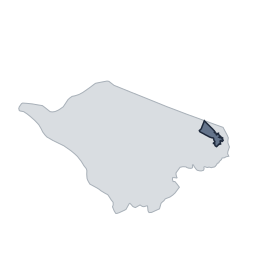 As-Sweida, As Suwayda', Syria (highlighted), rotated 233°
{"feature_id": "27442178B49241886307156", "entity_name": "As-Sweida", "entity_type": "district", "adm_level": 2, "iso_a3": "SYR", "parent_name": "Syria", "parent_adm1": "As Suwayda'", "projection": "robinson", "projection_center": [36.721, 32.771], "detail": "fine", "context": "in_parent", "style": "filled", "palette": "slate", "viewbox_px": 256, "rotation_deg": 233, "n_neighbors": 0, "source": "geoboundaries", "source_scale": "gbopen_adm2", "svg_char_len": 4645}
<svg xmlns="http://www.w3.org/2000/svg" viewBox="0 0 256 256"><g transform="rotate(233 128 128)"><path d="M47.8,93.9L49.7,94.1L53.7,96.5L54.4,96.5L55.6,93.3L56.8,92.2L59.3,91.3L60.0,86.1L61.2,85.2L62.6,84.6L64.8,84.5L66.7,84.2L66.8,83.3L64.2,77.4L64.4,75.9L65.7,69.9L66.5,67.6L67.2,66.8L70.2,67.1L74.4,68.2L75.5,69.9L77.6,71.4L80.7,71.3L84.2,71.6L87.0,71.7L89.2,70.6L94.2,68.6L96.6,68.0L98.9,67.1L106.1,63.8L109.0,64.1L111.0,64.5L112.5,65.0L115.9,67.2L118.7,69.5L120.7,70.2L124.3,70.1L129.4,70.6L135.7,70.5L139.3,69.9L144.0,68.8L152.3,66.1L163.3,60.5L169.7,57.8L172.5,57.5L176.1,57.5L179.7,58.2L183.9,58.7L185.8,58.6L190.2,58.1L196.0,56.9L199.6,56.0L203.9,54.5L206.6,52.0L207.5,51.7L208.6,52.2L209.1,52.3L210.3,53.8L211.5,57.5L211.5,57.9L211.3,58.9L208.6,62.0L204.8,66.1L202.0,68.7L197.4,73.1L193.9,74.1L188.0,75.6L186.4,77.2L185.0,79.7L184.2,83.1L184.0,85.2L183.9,89.1L185.4,93.3L186.8,97.2L187.0,99.8L186.9,102.4L185.6,105.1L184.3,108.9L183.6,113.2L183.3,121.1L183.3,127.9L183.2,129.1L180.9,133.9L178.1,139.5L176.8,140.8L170.5,142.5L163.7,146.6L156.0,151.2L149.1,155.4L141.8,159.8L134.3,164.3L128.8,167.6L121.6,171.9L115.0,176.1L108.3,180.3L103.2,183.5L95.4,188.6L90.9,191.5L84.2,195.9L78.3,199.7L71.3,204.3L62.6,202.9L59.8,202.2L57.6,200.0L55.9,198.8L51.8,197.6L49.1,193.6L47.5,192.1L44.8,191.5L46.0,188.9L46.2,187.1L47.4,185.1L46.6,183.7L46.3,180.7L45.8,180.0L45.6,179.3L46.0,178.3L45.8,177.4L45.4,176.9L45.1,175.5L44.8,174.4L45.0,173.1L45.6,172.2L46.2,170.6L46.9,170.1L48.1,169.1L48.4,168.0L49.5,166.9L50.9,166.1L51.2,165.4L51.0,165.0L49.6,164.2L48.8,162.9L49.5,160.9L50.0,160.2L50.8,159.3L52.7,157.8L54.2,157.6L55.4,157.6L57.6,157.7L59.3,158.0L59.7,157.6L59.6,157.1L57.6,155.9L57.5,155.0L58.0,153.9L59.4,152.3L61.2,151.1L62.1,150.9L64.1,148.5L65.3,145.9L63.3,139.4L62.0,138.4L60.0,137.5L58.8,137.3L58.7,136.9L60.3,135.3L61.5,133.8L60.2,132.5L58.0,131.8L57.1,133.2L54.2,133.4L49.8,133.4L47.8,126.5L47.5,123.5L47.6,120.1L49.0,115.1L48.3,112.8L48.3,111.3L48.0,109.1L44.5,104.5L46.4,96.0L47.8,93.9Z" fill="#d9dde1" stroke="#a8b0b8" stroke-width="1"/><path d="M81.6,183.2L81.5,183.3L80.7,183.6L80.1,183.9L79.6,184.1L79.0,184.4L78.4,184.7L77.9,184.9L77.3,185.2L76.7,185.4L76.1,185.7L75.4,186.0L74.8,186.3L74.2,186.6L73.1,187.1L72.5,187.4L71.9,187.6L71.4,188.0L71.1,188.1L70.3,188.7L70.0,188.9L69.8,189.0L69.3,189.6L69.2,189.7L69.1,189.9L68.8,190.0L68.4,190.2L68.1,190.1L67.8,189.8L67.5,189.7L66.8,189.4L66.5,189.3L66.0,189.3L65.8,189.3L65.7,189.3L65.4,189.3L65.1,189.3L65.0,189.1L64.9,189.0L64.7,189.0L64.4,188.6L64.4,188.4L64.4,188.1L64.5,187.9L64.5,187.7L64.5,187.3L64.5,187.1L64.3,187.0L64.1,186.9L64.0,187.0L63.8,187.4L63.8,187.5L63.7,187.6L63.7,187.8L63.7,188.0L63.4,187.9L63.2,187.8L63.1,187.7L62.9,187.6L62.7,187.5L62.2,187.2L61.7,187.0L61.3,187.0L61.1,187.0L60.9,187.1L60.6,187.3L60.3,187.3L59.9,187.4L59.8,187.5L59.8,187.8L59.9,188.0L59.9,188.3L59.9,188.5L60.0,188.9L60.0,189.0L60.1,189.7L60.1,189.9L60.2,190.0L60.3,190.1L60.3,190.6L60.4,191.1L60.2,191.1L59.9,191.2L59.9,191.3L59.9,191.5L59.6,192.0L59.5,192.3L59.8,192.4L60.1,192.7L60.3,192.7L60.4,192.8L60.5,192.8L60.6,193.0L60.9,193.1L61.1,193.1L61.3,193.2L61.6,193.4L62.0,193.6L62.2,193.8L62.2,194.1L62.2,194.3L62.1,194.6L61.9,194.7L61.4,194.8L61.1,194.8L60.6,195.1L60.6,195.4L60.7,195.9L60.7,196.0L60.8,196.4L60.9,196.6L61.1,196.6L61.5,196.7L62.2,196.6L62.4,196.6L62.6,196.6L62.9,196.6L63.3,196.7L63.5,197.0L63.3,197.5L63.7,197.4L63.9,197.2L64.1,197.1L64.4,196.9L64.7,196.7L64.9,196.6L64.9,196.1L64.9,195.8L64.8,195.6L65.4,195.4L65.9,195.1L65.9,195.7L65.9,195.9L65.9,196.3L65.8,196.5L65.8,196.8L66.1,196.7L66.6,196.7L67.0,196.6L67.3,196.5L67.5,196.5L67.9,196.5L68.0,196.5L68.4,196.5L68.5,196.5L69.0,196.8L69.4,197.1L69.6,196.7L69.6,196.3L69.6,196.0L69.4,195.5L69.3,195.3L69.2,195.2L69.2,194.7L69.3,194.5L69.6,194.6L69.9,194.7L70.3,194.8L70.7,195.1L71.1,195.2L71.3,195.1L71.7,194.8L72.0,194.4L72.3,194.4L72.5,194.3L72.7,194.5L72.8,194.7L72.8,195.2L73.1,195.2L73.4,195.2L73.5,195.2L74.0,195.2L74.8,195.1L75.4,195.0L76.0,195.0L76.7,194.9L77.4,194.8L78.0,194.7L78.4,194.6L78.7,194.6L78.9,194.5L79.3,194.5L80.0,194.4L80.7,194.3L80.9,194.3L81.4,194.2L81.9,194.1L82.0,194.1L82.7,194.0L83.4,193.9L84.0,193.8L84.8,193.7L85.6,193.6L86.4,193.5L87.2,193.3L87.5,193.3L87.8,193.3L87.7,193.1L87.5,192.8L87.3,192.4L86.9,191.8L86.7,191.5L86.5,191.3L86.4,191.1L86.1,190.5L85.6,189.8L85.3,189.2L85.1,188.9L84.7,188.2L84.2,187.5L83.9,187.0L83.7,186.7L83.4,186.2L83.3,185.8L83.2,185.6L83.2,185.4L83.1,185.1L83.1,184.9L83.1,184.4L83.1,184.2L83.1,183.8L83.1,183.5L82.9,183.4L82.6,183.3L82.3,183.2L82.2,183.2L81.8,183.2L81.7,183.2L81.6,183.2Z" fill="#64748b" stroke="#1e293b" stroke-width="1.5"/></g></svg>